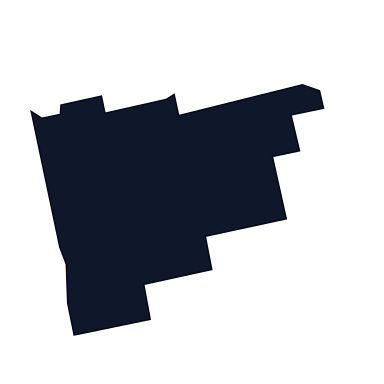 outline of Schley, Georgia, United States of America, rotated 77°
{"feature_id": "52423323B40186233786127", "entity_name": "Schley", "entity_type": "district", "adm_level": 2, "iso_a3": "USA", "parent_name": "United States of America", "parent_adm1": "Georgia", "projection": "mercator", "projection_center": [-84.335, 32.293], "detail": "fine", "context": "isolated", "style": "filled", "palette": "ink", "viewbox_px": 384, "rotation_deg": 77, "n_neighbors": 0, "source": "geoboundaries", "source_scale": "gbopen_adm2", "svg_char_len": 456}
<svg xmlns="http://www.w3.org/2000/svg" viewBox="0 0 384 384"><g transform="rotate(77 192 192)"><path d="M112.4,60.3L114.6,187.8L93.0,187.5L96.0,196.3L95.7,259.1L78.2,258.7L77.8,300.1L86.8,302.8L86.4,321.7L77.4,330.5L216.0,333.2L234.0,330.7L272.2,338.1L304.8,339.0L306.6,261.4L271.1,259.8L271.9,190.2L238.1,189.0L239.3,106.2L175.5,105.7L176.0,78.0L139.2,78.2L139.9,45.0L122.1,45.0L112.4,60.3Z" fill="#0f172a" stroke="#020617" stroke-width="1.5"/></g></svg>